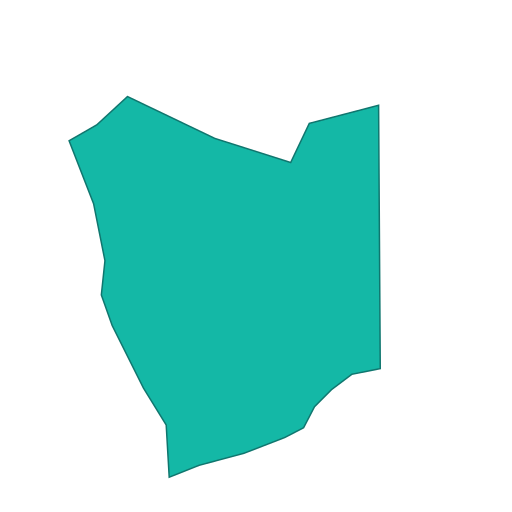 the district of Sardoba, Sirdaryo, Uzbekistan, rotated 74°
{"feature_id": "79887680B81197262322731", "entity_name": "Sardoba", "entity_type": "district", "adm_level": 2, "iso_a3": "UZB", "parent_name": "Uzbekistan", "parent_adm1": "Sirdaryo", "projection": "equal_earth", "projection_center": [68.315, 40.329], "detail": "fine", "context": "isolated", "style": "filled", "palette": "teal", "viewbox_px": 512, "rotation_deg": 74, "n_neighbors": 0, "source": "geoboundaries", "source_scale": "gbopen_adm2", "svg_char_len": 442}
<svg xmlns="http://www.w3.org/2000/svg" viewBox="0 0 512 512"><g transform="rotate(74 256 256)"><path d="M283.3,413.4L351.9,400.6L393.7,388.9L444.7,400.4L441.5,368.4L442.3,321.7L438.4,278.4L434.2,257.6L417.0,241.3L405.2,220.1L396.1,196.4L398.5,167.6L144.9,96.6L143.2,168.2L175.7,196.9L131.6,263.2L67.3,335.6L86.0,372.8L93.7,403.9L161.0,397.7L218.9,402.5L250.8,415.4L283.3,413.4Z" fill="#14b8a6" stroke="#0f766e" stroke-width="1.5"/></g></svg>